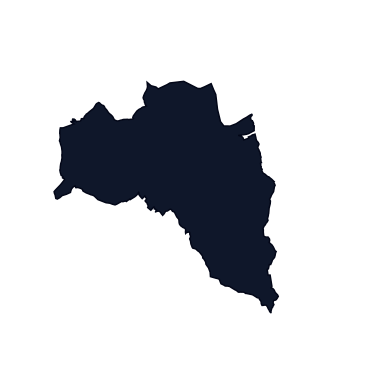 the district of Nasaud, Bistrita-Nasaud, Romania, rotated 133°
{"feature_id": "2599482B93549401170877", "entity_name": "Nasaud", "entity_type": "district", "adm_level": 2, "iso_a3": "ROU", "parent_name": "Romania", "parent_adm1": "Bistrita-Nasaud", "projection": "natural_earth1", "projection_center": [24.415, 47.298], "detail": "fine", "context": "isolated", "style": "filled", "palette": "ink", "viewbox_px": 384, "rotation_deg": 133, "n_neighbors": 0, "source": "geoboundaries", "source_scale": "gbopen_adm2", "svg_char_len": 6083}
<svg xmlns="http://www.w3.org/2000/svg" viewBox="0 0 384 384"><g transform="rotate(133 192 192)"><path d="M285.8,293.1L286.8,291.7L287.5,290.1L289.6,287.2L289.0,285.7L286.2,284.8L283.1,284.5L279.3,282.3L275.2,280.6L274.0,281.3L272.2,282.1L270.7,282.3L269.1,282.3L267.3,281.7L268.1,280.0L267.7,279.5L267.2,279.2L266.5,278.4L265.9,277.3L265.1,275.4L264.9,274.6L264.9,274.1L265.0,273.5L265.4,272.9L265.6,272.2L265.3,271.0L264.8,268.8L263.5,265.6L262.9,263.9L262.2,262.8L261.6,260.9L261.7,255.6L258.5,247.6L256.2,244.4L255.2,241.9L253.9,239.5L252.2,238.7L247.0,237.1L246.2,235.9L244.1,234.7L243.7,233.5L240.7,233.0L239.5,232.6L239.7,232.0L234.6,230.6L232.3,230.3L231.1,230.4L228.7,230.8L228.9,229.9L229.3,229.9L229.9,229.8L230.0,229.4L229.9,228.7L230.1,227.8L230.4,227.9L230.8,223.9L227.1,223.7L227.2,223.1L227.6,222.3L227.8,220.9L227.9,220.5L228.5,220.4L230.5,220.2L230.7,219.2L230.7,218.4L230.8,217.1L231.4,216.2L231.8,214.9L233.0,214.0L233.6,213.8L233.4,209.7L232.2,209.6L231.0,209.8L229.8,209.8L229.0,209.6L229.3,209.2L229.4,208.1L230.0,208.0L229.4,206.5L229.3,205.8L231.0,205.4L231.3,205.1L229.2,203.9L228.8,203.4L228.3,202.1L228.3,201.5L228.9,199.1L228.9,198.2L229.1,197.6L228.0,197.5L226.8,197.6L224.5,198.1L223.8,198.0L222.6,197.0L221.1,196.7L219.5,196.2L219.0,195.4L219.0,194.6L219.3,193.7L219.4,193.1L218.8,191.7L218.9,190.6L220.6,186.1L220.9,183.4L221.2,182.7L223.3,180.4L224.1,179.1L224.4,177.3L224.1,174.4L223.4,172.5L223.8,171.0L225.7,169.5L226.6,168.4L225.9,168.4L225.1,168.1L223.8,167.3L223.1,166.5L223.5,165.6L223.9,165.3L224.5,164.7L224.8,163.8L225.6,162.7L226.2,162.3L227.5,161.9L227.9,161.7L228.9,159.6L230.7,157.4L232.4,153.9L232.5,153.1L231.1,150.5L231.1,147.6L230.8,145.9L231.5,141.3L232.0,140.0L232.9,139.2L232.9,137.7L233.8,134.5L235.4,132.3L235.4,132.0L236.0,129.3L236.1,128.4L238.3,124.0L238.7,123.6L241.3,120.8L240.5,119.2L238.8,115.9L237.7,113.9L237.3,113.2L237.5,112.0L238.6,109.7L239.3,108.2L238.4,105.3L238.1,103.6L236.6,101.9L235.4,100.0L235.1,98.0L235.0,97.6L234.2,93.7L234.0,93.4L233.9,92.9L233.6,91.0L233.7,90.5L233.6,89.9L233.2,89.3L232.4,88.6L230.1,86.0L229.8,85.3L229.6,83.6L229.0,82.9L226.2,78.3L225.8,77.4L225.5,76.0L224.8,72.1L223.8,70.8L224.5,69.4L224.9,67.0L225.5,66.2L226.5,65.1L227.2,63.5L226.6,62.8L225.1,61.7L224.2,60.6L224.3,59.6L224.5,58.7L225.4,56.6L225.8,55.0L226.5,53.5L226.5,52.1L226.3,52.0L225.9,52.4L225.3,52.9L222.8,54.3L220.8,54.6L220.5,54.9L218.8,55.2L218.3,55.5L218.2,56.2L218.0,56.8L217.6,57.2L216.7,57.8L215.6,58.3L214.1,57.2L213.2,57.0L211.7,57.2L209.5,57.7L208.9,59.2L208.8,60.8L208.7,61.4L208.8,62.3L207.7,65.0L207.5,66.3L207.6,67.4L208.1,68.8L206.5,69.2L199.5,78.2L200.9,79.8L197.3,84.2L196.1,83.7L192.4,86.0L191.4,85.0L188.6,86.0L186.9,86.8L183.6,87.0L181.8,87.9L179.8,89.2L178.1,89.9L178.3,90.5L178.2,91.4L176.8,94.9L176.2,97.3L176.3,101.1L174.3,102.3L173.5,103.4L173.1,105.6L174.7,107.4L175.1,108.5L175.2,109.6L172.7,112.5L171.0,114.0L170.2,115.2L167.9,116.0L167.0,116.0L165.7,116.1L164.5,116.6L163.4,116.5L162.4,116.7L161.0,117.0L159.9,118.7L158.3,119.5L156.8,120.4L156.5,120.7L155.4,121.3L151.2,124.6L147.1,126.9L145.1,128.5L144.3,130.4L142.5,130.8L139.9,131.8L136.1,132.6L131.8,135.4L130.9,135.6L130.4,135.8L128.8,139.4L128.4,139.2L128.3,142.4L128.5,144.8L128.5,146.1L129.1,147.3L129.2,150.9L129.7,152.7L129.0,155.1L128.3,155.8L127.6,156.1L127.5,156.3L127.4,157.3L127.0,158.1L126.7,158.4L126.2,158.7L125.9,159.6L125.6,160.0L125.1,160.3L124.7,161.2L124.3,161.5L124.0,161.5L123.2,161.2L123.0,161.8L122.7,162.2L122.2,162.8L120.9,164.4L120.5,164.8L119.8,165.0L119.4,165.3L118.6,166.9L117.7,168.0L117.2,168.4L116.6,169.5L116.1,170.9L115.4,172.2L115.4,172.7L115.0,173.5L114.8,174.0L114.2,174.5L112.3,175.4L112.0,175.3L111.7,175.6L111.3,175.7L111.1,176.1L110.9,176.7L110.6,177.5L110.5,178.3L110.6,178.5L110.2,180.1L109.2,181.8L108.8,182.2L106.7,185.4L107.5,185.8L109.3,186.9L109.6,186.6L113.3,188.3L113.9,187.2L118.0,189.3L118.6,189.7L117.5,191.9L117.5,192.9L117.6,193.7L118.4,195.6L118.8,196.3L118.7,196.4L113.9,192.5L112.5,191.4L111.7,191.0L110.7,190.4L104.7,188.4L104.6,188.6L101.2,191.6L101.5,192.6L100.2,193.5L99.8,193.9L99.5,194.4L98.7,196.5L99.3,197.0L98.8,198.4L98.2,199.4L96.8,200.4L95.4,200.3L94.9,200.4L94.4,201.0L94.4,201.3L96.3,202.1L100.4,203.1L103.6,204.2L111.9,206.2L117.7,209.0L122.0,213.7L121.1,219.2L114.1,229.8L104.5,241.1L102.4,246.1L99.7,251.9L106.6,254.6L110.6,256.4L112.4,258.5L116.7,273.5L127.3,282.5L130.7,283.5L139.7,287.1L139.8,289.9L142.2,294.4L142.4,299.6L145.5,296.2L147.1,295.3L148.9,294.6L151.7,294.0L154.5,293.0L156.3,292.1L157.0,291.1L157.5,289.4L158.5,288.3L159.1,287.5L159.2,286.6L159.8,286.1L160.2,284.0L161.1,284.6L162.0,284.7L162.7,285.4L163.5,285.9L164.5,286.2L165.3,286.2L167.7,287.1L168.6,287.3L169.5,287.3L170.0,287.5L171.4,287.4L176.3,286.8L177.9,286.1L178.3,284.9L179.1,285.2L180.3,286.0L180.8,286.6L181.5,287.1L182.4,287.9L182.6,288.5L185.8,291.7L187.6,292.7L188.5,293.4L189.4,293.8L190.5,294.5L191.4,295.6L191.7,296.7L192.2,297.9L190.9,301.6L190.8,304.1L191.0,305.8L190.9,307.2L190.1,310.6L190.0,312.7L189.3,314.3L189.1,315.6L189.7,316.7L190.0,318.5L189.9,320.4L190.2,321.3L192.4,322.0L193.2,322.0L198.0,321.0L203.4,321.8L205.9,322.0L207.1,322.4L208.0,322.2L209.9,322.2L210.5,321.9L211.1,321.9L211.7,321.3L212.1,321.1L212.8,321.6L213.1,322.3L213.6,322.7L214.3,322.8L214.9,322.1L216.5,322.1L218.8,324.3L219.5,324.5L218.9,326.7L219.1,327.9L219.4,328.1L219.6,328.5L219.8,328.9L220.1,329.0L220.6,328.7L220.8,328.3L220.6,327.8L220.6,327.3L220.6,326.6L220.8,326.3L221.0,326.4L221.2,326.7L221.8,327.5L222.3,328.1L223.0,328.6L223.3,327.8L223.0,326.6L222.9,326.1L223.0,325.4L222.8,324.7L232.8,329.9L233.8,330.8L234.9,332.0L236.7,330.9L239.4,328.6L240.0,327.7L241.0,326.7L241.8,325.7L243.4,324.7L245.0,323.8L245.4,322.7L246.9,320.3L248.0,318.2L250.8,314.8L252.5,313.2L253.6,312.5L255.8,310.2L257.3,309.3L258.5,308.4L260.7,307.4L263.0,305.8L265.3,303.9L266.0,303.7L266.9,302.5L267.7,301.4L268.3,300.3L269.1,299.0L268.8,297.7L268.9,296.5L269.9,296.4L269.8,295.3L269.3,294.5L269.9,293.6L276.5,293.1L283.9,293.2L285.8,293.1Z" fill="#0f172a" stroke="#020617" stroke-width="1.5"/></g></svg>